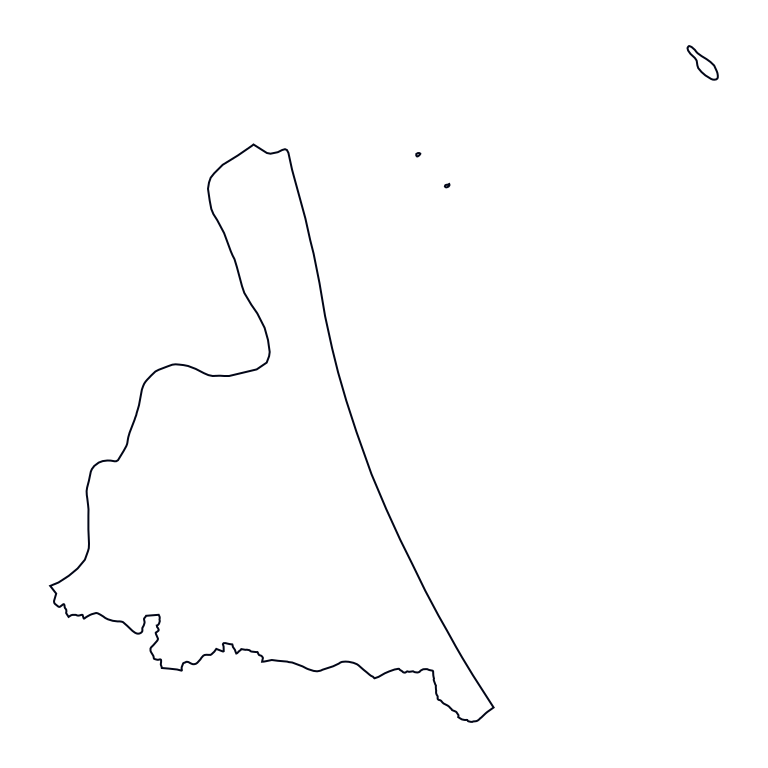 outline of Nghi Xuan, Ha Tinh, Vietnam
{"feature_id": "81297802B92253150972948", "entity_name": "Nghi Xuan", "entity_type": "district", "adm_level": 2, "iso_a3": "VNM", "parent_name": "Vietnam", "parent_adm1": "Ha Tinh", "projection": "albers", "projection_center": [105.774, 18.664], "detail": "fine", "context": "isolated", "style": "outline", "palette": "ink", "viewbox_px": 768, "rotation_deg": 0, "n_neighbors": 0, "source": "geoboundaries", "source_scale": "gbopen_adm2", "svg_char_len": 6019}
<svg xmlns="http://www.w3.org/2000/svg" viewBox="0 0 768 768"><path d="M374.5,678.3L378.5,676.9L384.8,673.3L389.2,671.4L394.6,669.5L396.8,669.1L398.2,668.8L399.1,668.9L399.8,669.8L401.6,670.9L402.3,671.4L403.1,672.2L403.6,672.4L404.3,672.6L405.1,672.6L405.8,672.3L406.7,671.6L407.2,671.4L407.5,671.4L408.4,671.7L409.4,671.8L413.0,671.3L413.3,671.4L414.3,672.0L415.0,672.2L417.3,672.5L418.0,672.4L419.2,672.0L419.7,671.7L420.3,670.9L421.0,670.4L422.9,669.4L423.7,669.2L427.0,669.1L429.2,670.0L432.6,670.7L432.8,670.9L433.1,671.3L433.3,675.3L433.6,677.1L434.0,678.5L433.7,679.7L433.9,680.6L435.0,683.6L435.3,684.5L435.9,685.5L435.8,687.1L436.0,689.7L436.2,690.7L436.1,691.4L436.1,693.0L436.6,694.6L437.5,696.0L437.7,696.7L437.6,698.0L437.7,698.9L438.5,699.8L440.3,700.3L441.1,700.8L442.5,702.5L443.6,703.5L447.7,705.6L449.3,706.8L449.9,707.6L451.6,709.2L452.0,710.0L453.3,710.6L454.1,710.9L455.7,711.6L456.4,712.1L458.0,714.5L458.4,715.1L458.5,715.8L458.2,717.1L460.5,718.6L461.9,719.4L464.2,719.9L465.2,720.0L466.6,719.9L467.3,720.0L467.9,721.0L468.4,721.3L471.1,721.9L472.0,721.9L472.6,721.8L473.0,721.5L473.4,721.4L473.9,721.4L476.0,721.2L477.2,720.8L478.2,720.2L479.4,719.2L480.3,718.2L481.1,717.7L485.6,713.4L487.4,711.9L493.6,707.5L473.0,675.4L462.2,657.6L455.9,646.7L447.0,630.6L438.5,615.6L425.3,590.8L412.6,564.7L400.2,539.7L386.2,509.0L371.5,474.2L356.5,432.0L346.3,400.7L338.1,372.4L332.1,348.2L325.1,316.2L319.5,283.1L313.6,253.6L310.2,240.1L305.4,218.5L298.9,194.7L293.5,175.0L292.0,169.4L288.4,152.8L286.9,150.0L285.0,149.2L282.2,150.0L277.8,152.2L270.5,153.7L266.9,153.0L253.5,144.5L251.9,145.8L237.8,155.5L222.7,164.8L214.2,173.3L210.7,177.7L209.0,182.6L208.0,188.8L209.7,200.6L211.3,209.0L213.4,214.1L217.2,220.1L224.1,233.1L230.8,251.3L232.6,255.5L234.5,259.2L236.9,267.1L242.0,286.1L244.3,292.9L251.3,304.7L257.3,313.4L264.6,327.8L268.0,340.0L269.7,352.0L269.1,356.2L266.7,362.6L256.7,369.4L229.1,376.0L224.3,376.0L219.8,375.7L212.7,376.0L208.4,375.1L204.0,373.2L195.7,368.9L188.1,366.0L183.6,365.1L179.2,364.6L175.5,364.3L172.3,364.7L167.3,366.5L158.7,369.8L155.4,371.5L151.1,375.6L147.2,379.7L145.6,381.6L144.2,383.7L143.1,386.2L141.9,389.6L139.0,405.2L137.8,409.4L136.8,412.6L136.2,415.2L135.2,417.8L134.6,419.7L129.6,432.7L128.3,437.2L127.8,439.9L127.4,442.6L127.1,444.0L126.3,446.1L123.6,451.0L118.0,460.2L116.3,461.2L114.7,461.3L110.7,460.6L107.4,460.5L102.7,461.1L98.7,462.6L94.3,465.9L91.9,469.1L90.8,471.7L88.9,480.8L87.1,487.7L86.6,491.1L86.8,495.1L87.3,498.5L88.1,505.2L88.5,509.3L88.4,516.0L88.4,529.4L89.0,543.8L88.8,548.2L88.0,551.1L84.9,559.7L77.6,568.5L68.8,575.8L58.5,582.5L50.2,585.9L56.2,593.6L54.0,601.1L54.2,602.6L54.5,603.3L55.1,604.0L58.2,606.5L59.1,606.9L59.7,606.9L60.6,606.3L63.1,604.4L63.4,604.2L64.0,604.3L64.4,605.0L64.6,606.1L64.6,606.8L64.8,607.5L65.1,608.2L65.7,608.9L66.2,609.7L66.3,610.2L66.4,611.6L66.2,612.4L66.2,613.2L68.6,616.9L70.7,615.5L71.3,615.2L72.4,614.9L75.9,614.9L77.3,615.5L78.5,615.6L79.7,615.4L81.0,615.0L82.0,614.8L82.4,614.9L82.6,615.0L83.6,618.2L83.8,618.5L84.0,618.6L84.8,618.2L85.4,617.7L86.2,617.1L88.1,616.0L90.1,614.9L91.8,614.2L95.7,613.1L96.2,613.0L97.7,613.3L100.4,614.7L103.3,616.5L105.3,618.0L107.9,619.3L112.8,620.8L117.5,621.4L119.8,621.4L121.8,621.7L123.1,622.2L127.2,625.8L132.5,630.9L135.0,632.7L136.5,633.4L138.0,633.7L139.5,633.5L140.8,632.9L141.5,632.3L142.2,631.5L142.4,630.3L142.3,628.7L142.5,627.6L143.2,626.5L143.8,625.3L144.5,623.0L144.6,622.1L144.1,619.7L144.0,619.0L144.2,618.4L145.8,616.4L146.1,615.8L158.7,614.8L159.5,616.5L159.7,617.3L159.7,618.3L159.5,619.6L159.8,621.1L159.1,623.4L158.8,624.0L158.0,624.9L157.5,625.3L156.8,625.5L156.9,625.9L157.1,627.0L158.1,628.3L158.7,629.9L158.4,630.7L156.9,631.9L155.8,632.6L155.7,632.9L156.0,634.1L157.9,638.5L158.0,639.0L157.4,640.5L153.4,645.1L151.1,647.4L150.5,648.5L150.5,650.5L150.6,651.1L151.1,652.2L153.3,655.8L153.6,656.8L153.8,658.2L154.1,658.8L155.1,659.2L156.6,659.6L157.7,659.8L158.7,659.7L159.8,659.4L160.3,659.4L160.9,659.7L161.1,660.2L161.1,662.0L160.8,664.2L160.9,664.9L161.6,666.8L161.8,668.0L168.9,668.6L177.1,669.5L181.4,670.6L181.8,670.4L181.8,669.6L181.6,668.5L181.7,667.2L183.2,663.3L184.1,662.8L185.6,662.3L186.1,661.9L187.0,661.8L188.5,662.1L190.6,663.3L192.2,664.0L193.0,664.2L194.0,664.2L195.1,664.0L196.0,663.7L197.3,662.8L198.4,661.6L200.4,659.4L201.5,657.7L203.3,655.7L204.6,655.0L206.2,654.8L210.5,654.9L211.5,654.3L214.3,651.7L216.3,648.9L222.4,651.3L223.1,651.5L223.7,651.2L223.7,650.3L223.6,646.5L222.9,644.3L223.2,643.6L223.8,643.1L224.6,643.1L225.6,643.1L227.0,643.5L229.7,644.1L232.3,644.4L232.6,645.3L232.9,646.9L234.9,649.8L235.7,652.2L236.3,653.5L236.6,653.4L237.2,653.1L239.4,650.9L240.6,650.1L241.3,649.1L245.3,649.8L246.9,649.7L247.9,649.9L249.4,650.2L250.0,650.6L250.4,651.1L251.0,651.4L251.8,651.6L255.4,652.0L256.9,652.1L257.3,652.0L257.6,652.2L258.5,654.2L259.2,655.1L260.9,655.6L261.4,655.9L261.8,656.2L262.8,657.5L262.9,658.3L262.6,659.2L262.1,661.7L263.8,661.6L266.0,661.2L271.8,660.0L278.0,660.8L287.2,661.6L288.8,662.1L292.2,662.5L302.6,666.4L306.6,668.5L308.3,669.2L313.6,670.9L316.1,671.2L317.1,671.3L318.9,671.0L320.7,670.6L322.6,669.7L333.1,666.3L338.8,663.6L340.4,662.5L342.0,661.9L343.9,661.7L345.8,661.6L348.7,661.8L353.4,662.8L356.9,664.2L358.5,665.3L363.6,669.8L366.6,672.2L369.4,674.6L371.0,675.8L372.9,676.7L374.0,677.8L374.3,678.2L374.5,678.3ZM716.2,79.4L717.4,78.5L717.8,77.3L717.8,75.4L717.4,73.0L716.8,71.3L714.2,65.6L710.5,62.0L706.5,59.1L701.6,56.1L697.6,53.2L696.2,51.7L694.9,49.9L691.6,47.0L689.5,46.1L688.7,46.2L687.9,47.2L687.5,48.1L688.1,50.5L690.4,53.8L694.8,57.9L696.1,59.7L696.7,60.8L697.4,65.5L698.3,68.2L701.5,72.0L705.4,75.4L711.2,79.0L712.9,79.6L714.5,79.7L716.2,79.4ZM419.3,155.3L420.3,153.9L420.3,153.6L419.1,153.0L417.8,153.1L416.3,154.0L416.3,155.6L417.0,156.4L417.7,156.4L419.3,155.3ZM449.2,184.0L447.4,184.8L446.4,184.8L445.4,185.2L445.1,185.7L444.9,186.5L445.5,187.1L445.9,187.3L446.8,187.3L448.5,186.6L449.2,185.7L449.5,185.0L449.2,184.0Z" fill="none" stroke="#020617" stroke-width="2"/></svg>